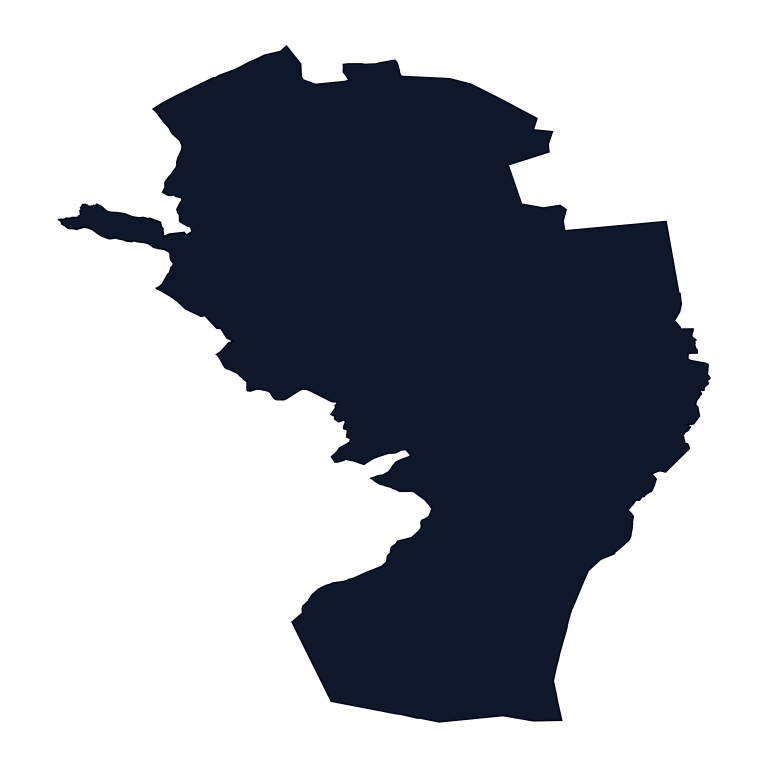 outline of Elkšņu pag., Viesites, Latvia
{"feature_id": "27541924B76488433422396", "entity_name": "Elkšņu pag.", "entity_type": "district", "adm_level": 2, "iso_a3": "LVA", "parent_name": "Latvia", "parent_adm1": "Viesites", "projection": "natural_earth1", "projection_center": [25.573, 56.224], "detail": "fine", "context": "isolated", "style": "filled", "palette": "ink", "viewbox_px": 768, "rotation_deg": 0, "n_neighbors": 0, "source": "geoboundaries", "source_scale": "gbopen_adm2", "svg_char_len": 6029}
<svg xmlns="http://www.w3.org/2000/svg" viewBox="0 0 768 768"><path d="M292.0,622.0L331.3,701.3L395.0,713.5L401.9,714.5L417.5,718.1L419.7,718.0L439.1,721.9L502.9,715.6L533.4,720.8L561.7,720.3L557.3,700.9L556.0,693.5L553.3,681.0L556.6,665.7L558.4,659.2L559.4,654.1L566.2,630.3L567.0,627.3L567.2,625.1L570.1,614.1L572.3,607.6L572.6,607.7L582.8,583.1L588.3,570.6L600.5,559.4L614.3,553.7L613.9,553.3L614.0,553.0L621.1,547.1L628.8,540.1L629.6,538.9L630.9,535.8L631.1,532.9L632.0,529.1L632.5,523.9L632.3,521.9L633.4,516.6L631.5,513.8L628.7,511.0L628.1,510.1L628.2,509.5L633.6,503.6L634.6,501.7L636.2,500.3L637.2,500.0L639.1,500.3L639.7,499.9L641.7,497.0L642.4,496.6L644.3,496.5L645.0,495.2L645.9,494.3L649.9,491.9L651.4,491.5L654.4,485.1L655.5,480.9L656.3,479.3L655.0,477.4L651.6,473.8L659.2,470.8L661.1,470.9L665.5,472.0L689.2,448.6L689.2,447.7L688.0,444.4L687.2,443.8L685.0,443.3L683.0,434.8L684.2,433.7L684.6,432.4L686.8,431.3L688.6,430.0L689.5,428.2L690.1,427.9L690.3,427.1L689.1,427.2L688.8,425.8L687.0,424.4L691.8,424.3L693.8,423.7L699.5,416.1L697.7,406.8L696.3,405.9L695.6,404.2L696.6,400.5L698.9,397.5L699.9,395.5L701.2,394.4L701.4,393.8L701.4,393.3L699.9,391.4L699.9,390.9L700.8,390.2L702.4,390.5L704.0,390.2L704.2,389.5L703.9,388.3L704.2,387.4L708.1,383.8L708.2,383.0L707.6,381.5L707.4,380.4L709.4,379.1L710.0,377.9L708.8,376.1L707.4,374.8L708.2,364.9L707.6,364.2L706.4,363.5L690.1,360.4L689.1,359.6L687.9,359.2L688.0,354.5L689.2,353.3L695.4,353.0L696.0,353.3L697.3,352.8L697.1,352.3L697.5,351.7L697.1,350.0L695.8,348.4L694.5,344.7L695.1,343.1L694.2,341.9L694.4,341.3L695.9,340.3L695.9,340.0L692.3,337.2L691.9,336.2L691.8,334.5L693.2,330.0L693.0,328.9L680.6,329.1L680.1,328.5L680.2,327.2L674.4,320.5L679.6,311.9L681.4,303.9L681.0,302.2L680.0,293.4L678.9,293.5L666.1,221.5L564.8,230.8L563.1,221.0L566.1,209.6L560.1,205.4L543.5,208.0L521.6,204.1L508.1,164.9L549.0,151.9L548.3,146.6L548.3,143.8L552.4,131.7L533.2,129.8L537.0,118.5L499.6,98.6L470.9,84.2L449.5,78.7L401.3,76.4L399.7,73.3L399.2,70.3L398.0,65.4L396.8,62.3L394.8,60.2L379.2,63.0L377.2,63.7L375.2,64.0L363.8,64.4L362.4,63.9L347.7,63.9L343.3,64.5L343.5,67.0L343.3,72.0L346.8,76.4L347.3,77.6L349.2,80.4L344.7,81.5L315.5,84.4L303.2,80.0L301.3,76.7L300.7,64.0L286.5,46.1L280.5,51.4L264.4,55.2L257.2,58.8L250.0,61.8L240.7,66.8L232.9,70.4L219.3,75.4L214.7,78.1L213.7,77.7L176.8,95.5L162.8,102.8L153.1,109.0L155.9,111.4L164.0,122.3L169.0,127.6L170.1,129.1L169.7,129.2L171.9,133.3L178.8,139.5L180.0,140.9L181.9,145.1L182.0,146.6L181.8,149.2L181.0,151.4L178.3,156.8L176.7,162.3L176.9,165.0L176.1,167.6L173.1,171.4L171.5,174.0L168.9,176.8L165.6,181.3L165.0,182.4L164.9,183.7L165.0,187.5L162.6,192.2L167.5,195.0L169.9,195.5L173.7,194.8L176.1,196.6L177.4,196.7L181.5,197.9L182.0,200.2L180.4,202.4L176.9,209.2L177.6,212.2L179.5,215.2L179.6,220.7L180.1,221.8L187.6,226.1L190.7,226.7L191.9,231.7L186.3,235.0L184.2,232.4L169.7,234.0L163.5,236.4L162.9,229.3L163.2,228.7L161.2,226.7L161.3,225.9L160.5,222.2L149.6,218.2L149.2,218.9L143.2,217.4L139.6,217.8L134.3,217.2L131.6,216.5L125.2,213.9L118.0,212.7L111.1,212.3L108.8,211.9L106.7,211.0L104.9,209.7L101.7,206.5L96.9,204.3L96.4,204.3L95.9,205.0L95.8,205.8L94.3,205.8L93.6,205.2L93.2,205.7L93.5,206.0L93.5,206.4L91.7,206.0L90.7,206.4L89.6,206.3L88.9,206.7L87.3,205.1L86.5,205.2L85.0,204.2L84.6,204.7L82.4,204.6L81.6,206.7L80.5,207.6L81.4,209.3L80.8,210.2L79.9,210.6L79.8,210.9L80.6,212.0L80.2,212.7L80.6,214.3L79.9,215.7L78.4,216.1L78.2,217.1L77.2,217.7L76.7,217.4L74.5,217.6L74.0,217.4L73.5,217.7L72.6,217.4L71.2,217.7L69.7,218.9L69.2,218.8L69.3,218.2L69.1,218.1L67.5,218.6L66.6,218.0L66.2,218.2L66.1,218.6L62.9,219.5L61.1,219.2L58.0,219.5L59.9,220.3L60.8,221.0L61.2,221.7L61.6,223.7L62.2,224.1L62.3,224.5L63.9,225.1L67.9,228.1L69.3,228.6L72.8,228.6L77.0,229.4L78.3,228.7L81.0,228.3L83.1,227.3L84.6,227.2L87.2,227.7L92.3,229.4L93.0,230.1L100.0,235.1L102.1,236.2L108.9,238.7L110.4,238.8L116.1,237.9L118.2,238.8L123.1,239.7L126.1,241.0L131.8,241.7L132.5,241.1L134.1,240.9L138.0,241.8L144.2,242.5L148.5,243.7L153.6,247.3L158.3,248.5L163.3,249.2L166.2,250.3L169.1,252.1L169.8,252.8L170.2,254.7L170.1,256.5L170.7,260.0L173.3,263.0L173.4,263.9L172.8,265.9L171.1,267.3L169.2,273.1L167.4,274.7L162.3,284.0L159.6,286.4L157.7,287.7L156.3,288.2L157.6,289.4L158.9,289.6L169.7,295.7L177.3,301.1L185.7,309.0L201.4,316.4L204.8,315.5L216.7,328.2L220.8,328.5L226.8,338.0L233.6,341.1L228.5,342.9L220.9,351.5L216.6,354.5L217.4,354.8L219.2,357.5L223.4,364.8L223.2,364.9L223.6,365.6L225.2,367.7L226.3,368.5L229.9,369.7L238.0,373.6L240.4,376.4L242.9,377.8L243.1,378.8L247.1,381.7L247.0,390.1L247.5,390.7L250.4,391.1L256.9,389.0L261.6,389.5L263.7,390.1L264.8,390.0L269.6,391.8L271.3,394.1L272.0,395.6L274.7,398.9L276.0,399.6L283.9,399.8L286.7,398.5L299.5,390.3L301.8,389.3L306.3,389.2L310.7,391.0L331.8,401.6L337.4,402.1L336.9,403.9L335.1,405.5L335.6,408.0L331.0,414.3L332.6,415.4L335.0,416.1L334.5,418.9L338.7,421.9L343.9,420.0L345.7,421.5L343.6,426.8L343.7,428.7L347.6,430.0L346.6,437.0L350.6,438.8L349.7,441.9L346.9,444.0L340.0,447.5L337.1,451.5L334.5,454.3L332.4,455.8L331.5,456.8L335.0,462.0L337.3,462.1L343.8,460.3L345.1,459.2L353.5,460.8L364.1,464.5L366.8,462.4L373.6,458.3L377.8,456.7L388.2,453.3L395.5,452.9L401.2,450.0L405.9,449.5L410.4,454.8L410.8,455.7L408.8,456.9L400.7,459.8L396.1,462.0L392.4,466.3L391.3,468.5L388.6,471.9L382.9,475.0L378.0,475.8L372.4,477.9L370.3,478.2L372.7,479.0L374.5,480.8L379.9,484.3L383.2,484.8L385.2,485.7L391.3,487.3L392.6,488.3L395.7,489.3L399.5,491.3L412.6,491.3L413.6,491.5L425.0,499.9L429.6,505.2L432.0,508.8L429.2,515.9L428.8,516.5L425.4,518.9L422.2,520.1L421.3,521.1L421.0,522.6L421.3,526.7L421.1,527.8L419.5,530.4L418.1,531.8L411.5,537.7L397.6,541.2L395.7,544.3L391.5,547.0L390.9,548.5L390.3,553.1L387.4,555.9L386.8,561.7L381.6,566.4L366.0,572.6L352.7,578.6L348.9,579.4L347.0,580.4L343.2,581.6L332.8,583.0L330.3,584.2L325.5,585.6L318.9,588.9L312.2,594.6L308.9,599.6L308.4,601.1L303.3,605.7L302.6,606.7L302.2,609.1L302.6,612.3L302.1,613.4L292.0,622.0Z" fill="#0f172a" stroke="#020617" stroke-width="1.5"/></svg>